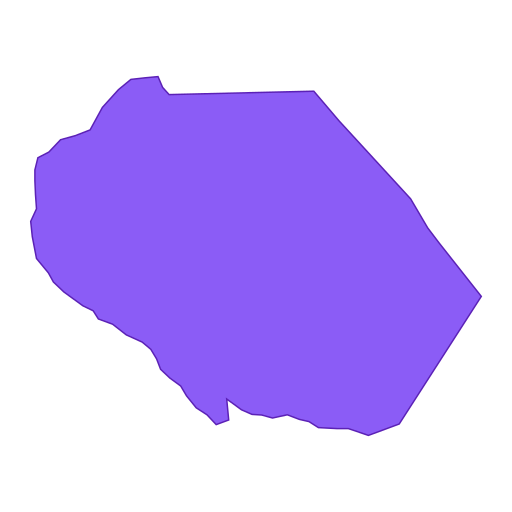 outline of Serrinha dos Pintos, Rio Grande do Norte, Brazil, rotated 90°
{"feature_id": "56859067B3628897818784", "entity_name": "Serrinha dos Pintos", "entity_type": "district", "adm_level": 2, "iso_a3": "BRA", "parent_name": "Brazil", "parent_adm1": "Rio Grande do Norte", "projection": "orthographic", "projection_center": [-37.983, -6.143], "detail": "fine", "context": "isolated", "style": "filled", "palette": "violet", "viewbox_px": 512, "rotation_deg": 90, "n_neighbors": 0, "source": "geoboundaries", "source_scale": "gbopen_adm2", "svg_char_len": 856}
<svg xmlns="http://www.w3.org/2000/svg" viewBox="0 0 512 512"><g transform="rotate(90 256 256)"><path d="M407.8,315.8L414.8,305.0L424.6,295.8L420.0,283.3L399.0,285.3L409.8,270.5L414.4,260.0L415.0,250.4L418.0,239.5L414.8,224.7L419.4,212.6L421.6,203.0L427.6,193.6L428.6,174.7L428.6,163.6L435.4,143.6L424.0,112.8L296.4,30.7L242.7,73.1L227.9,84.3L198.8,101.4L120.7,173.1L91.2,198.2L94.6,342.9L87.4,349.4L76.6,354.0L77.8,366.8L79.4,381.1L89.6,393.5L107.4,409.6L129.9,421.9L135.7,436.9L139.7,451.4L152.1,463.2L157.7,474.1L169.9,477.1L180.8,477.1L194.6,476.5L208.8,475.5L221.4,481.3L236.7,479.7L258.5,475.5L272.9,463.6L282.0,458.6L292.0,448.1L305.8,429.1L310.8,418.8L319.0,413.6L324.2,399.4L334.9,385.7L342.1,369.8L349.3,361.2L358.9,355.4L369.3,351.4L378.1,342.1L386.0,331.3L395.8,325.5L407.8,315.8Z" fill="#8b5cf6" stroke="#5b21b6" stroke-width="1.5"/></g></svg>